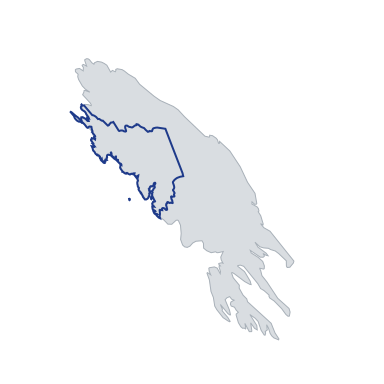 location of Norðurland eystra within Iceland, rotated 233°
{"feature_id": "ISL-702", "entity_name": "Norðurland eystra", "entity_type": "Region", "adm_level": 1, "iso_a3": "ISL", "parent_name": "Iceland", "parent_adm1": "", "projection": "equal_earth", "projection_center": [-17.153, 65.518], "detail": "fine", "context": "in_parent", "style": "outline", "palette": "blue", "viewbox_px": 384, "rotation_deg": 233, "n_neighbors": 0, "source": "natural_earth", "source_scale": "10m", "svg_char_len": 9682}
<svg xmlns="http://www.w3.org/2000/svg" viewBox="0 0 384 384"><g transform="rotate(233 192 192)"><path d="M299.5,148.3L303.1,148.4L308.9,147.3L317.2,143.9L320.6,143.2L328.7,143.2L319.0,146.4L315.4,150.0L312.8,151.8L312.8,152.5L319.7,154.7L323.0,154.0L324.5,154.3L325.8,155.3L326.8,157.4L326.2,159.5L324.3,161.6L321.6,163.4L322.0,164.0L324.2,164.3L335.5,163.2L336.9,165.9L337.9,166.7L337.6,167.6L333.2,170.5L338.4,168.7L342.6,168.2L349.9,169.1L352.8,170.1L354.6,171.9L358.2,171.3L359.8,172.4L359.9,173.5L358.4,176.5L354.2,178.0L356.8,180.2L359.0,180.3L359.4,180.8L359.2,182.1L355.9,183.6L361.4,185.4L362.2,186.0L361.9,188.0L361.0,189.1L359.4,189.7L355.4,189.8L353.1,190.6L353.9,191.8L353.2,195.1L350.2,197.9L347.4,199.3L344.5,200.3L336.7,199.2L337.0,201.6L334.2,203.1L334.8,204.3L335.8,204.9L335.4,206.5L331.8,209.8L329.3,210.8L324.3,212.1L317.0,215.1L309.6,215.0L291.5,219.3L284.3,221.6L271.5,228.6L266.0,230.4L256.8,231.3L228.8,235.9L225.6,238.6L225.4,239.2L226.7,240.3L224.6,242.3L220.3,243.7L218.3,243.7L214.9,242.5L214.4,243.1L215.8,244.5L202.0,246.9L183.1,245.7L166.3,242.2L153.0,241.5L143.8,236.8L143.5,236.1L144.6,234.6L148.0,234.0L146.4,232.6L140.7,235.1L138.8,235.0L136.5,234.0L136.4,233.0L131.7,232.6L123.6,229.6L123.0,228.9L125.0,227.9L124.7,227.7L120.2,227.9L113.7,230.7L75.5,231.8L74.3,230.3L73.0,224.9L74.4,222.6L76.0,222.8L80.3,225.9L90.6,224.2L94.8,223.0L98.8,220.1L101.0,219.2L104.3,215.5L107.5,213.2L114.0,212.1L108.2,211.5L98.5,214.4L95.3,214.4L96.8,213.1L100.2,211.7L97.9,211.6L97.1,210.9L97.1,209.5L98.9,207.3L110.3,203.4L107.7,202.6L99.7,205.6L94.0,206.7L89.4,205.3L87.3,203.5L87.4,202.7L90.3,200.3L89.9,199.9L88.0,199.6L83.1,197.5L75.1,197.7L55.5,196.5L40.6,199.4L37.1,198.1L34.3,195.1L35.0,193.9L37.6,193.3L44.9,193.4L55.6,192.0L60.6,190.3L62.4,190.7L63.3,191.5L69.9,190.2L73.5,188.7L79.3,189.4L101.5,188.6L104.5,186.6L105.7,184.3L105.2,183.8L97.0,186.0L95.2,185.9L85.8,184.8L82.5,183.5L83.6,182.5L88.7,180.2L101.6,176.5L103.4,175.7L103.6,174.9L98.7,173.3L89.1,173.7L86.8,171.8L78.9,170.7L73.7,171.4L70.9,170.3L39.5,176.2L29.6,173.5L22.4,173.0L21.8,172.2L26.2,169.6L29.1,169.1L32.0,169.3L37.4,171.2L41.1,171.7L36.5,169.1L36.5,166.5L35.0,165.9L33.7,164.2L34.3,163.6L40.0,164.0L48.9,166.9L53.4,166.4L59.3,164.5L46.4,163.4L42.6,161.1L45.5,159.9L52.2,160.1L44.9,156.1L44.7,155.4L46.0,153.7L55.3,155.2L50.5,152.8L50.4,152.3L51.8,151.9L52.7,150.4L55.0,149.9L59.7,150.4L66.9,153.1L67.9,153.8L68.1,156.6L71.0,156.2L74.4,156.6L77.3,154.7L79.3,155.1L80.7,156.8L80.3,160.5L82.4,159.2L85.8,159.1L86.5,156.1L86.0,153.6L75.0,150.8L70.7,148.8L71.2,148.1L73.4,147.5L85.1,147.0L80.2,145.8L79.0,144.6L70.2,145.1L65.7,144.6L65.7,144.0L67.5,143.1L73.0,141.2L83.1,141.0L87.2,141.5L94.9,145.6L101.1,147.3L111.4,153.0L118.1,155.1L118.4,155.7L117.2,156.3L114.6,157.1L118.5,158.1L120.9,159.5L121.1,160.2L118.7,164.8L116.1,166.3L109.8,165.4L111.3,166.9L115.7,168.4L116.7,169.3L116.0,170.1L118.1,169.9L118.8,170.4L117.7,173.0L116.5,173.9L120.2,174.5L122.7,175.8L125.7,181.1L127.5,177.0L128.4,175.5L130.0,174.9L132.0,170.8L136.3,168.4L140.2,167.5L144.2,170.3L147.1,170.6L150.3,165.5L150.8,161.8L150.0,157.8L150.6,154.9L152.6,153.1L155.3,152.6L160.9,154.3L165.4,158.4L172.4,162.8L177.2,163.9L178.1,163.7L179.0,162.3L178.4,156.5L180.8,153.4L186.6,152.7L195.4,149.9L197.5,149.8L201.8,151.4L209.5,157.2L214.9,159.9L217.8,164.2L219.1,165.0L220.3,163.7L220.4,161.8L213.8,152.8L213.8,151.6L214.4,150.7L226.5,151.2L229.2,152.1L237.5,157.2L241.6,155.1L249.8,149.2L252.6,149.3L259.5,151.8L262.3,151.6L270.4,149.4L272.2,146.6L268.7,141.0L270.1,139.8L277.6,138.4L285.8,138.7L294.2,143.9L294.6,146.4L299.5,148.3Z" fill="#d9dde1" stroke="#a8b0b8" stroke-width="1"/><path d="M190.2,150.7L191.6,150.0L194.4,149.6L195.4,149.8L195.1,150.9L195.7,150.7L196.9,149.7L196.6,149.3L197.2,149.1L198.1,149.1L199.6,149.5L198.8,150.7L198.7,151.2L199.1,151.2L201.3,150.2L202.2,150.3L203.6,151.1L204.1,151.3L204.4,151.6L204.1,152.1L203.2,152.9L204.0,152.9L205.1,152.5L206.7,153.2L207.3,154.5L207.6,155.0L206.7,156.6L206.8,156.9L209.0,157.1L210.5,157.5L212.8,157.7L213.4,158.1L213.9,158.6L214.6,158.9L215.4,160.3L216.5,160.4L216.8,160.5L217.1,161.2L217.1,162.1L217.2,162.5L217.9,163.4L217.9,164.8L218.0,165.0L220.6,166.4L220.5,166.9L220.6,167.5L221.0,168.0L221.5,168.1L221.9,167.6L221.9,167.0L221.6,166.4L221.3,166.0L220.2,165.5L220.1,165.1L220.5,164.6L220.3,163.8L220.5,163.4L221.3,162.9L221.5,162.3L221.4,161.7L220.5,160.1L220.4,159.4L219.8,159.4L218.8,158.5L218.5,158.6L218.2,159.0L217.7,158.9L216.8,158.3L216.5,158.1L216.8,157.6L216.7,157.1L216.3,156.8L215.4,156.5L214.4,155.5L214.4,155.3L214.6,155.3L214.6,155.0L213.8,154.1L213.4,152.5L213.6,150.9L214.4,149.9L214.8,149.9L217.6,149.9L219.2,150.4L221.0,150.4L220.8,150.6L221.9,150.9L225.0,150.6L226.3,150.9L226.6,151.1L226.9,151.8L227.1,152.0L227.5,152.1L228.7,152.0L229.3,152.2L230.3,152.8L231.2,153.1L232.5,154.0L232.8,154.3L233.3,155.3L233.7,155.8L234.7,156.1L235.2,156.4L236.0,157.1L237.0,158.5L237.5,159.0L237.6,158.3L237.4,157.8L236.6,156.9L237.9,156.8L239.2,156.4L236.4,156.5L235.6,156.2L240.5,156.2L240.9,156.3L241.5,157.3L241.9,156.8L241.8,156.6L241.5,156.4L241.5,156.2L242.3,155.8L242.5,155.4L242.4,155.0L242.9,154.8L243.2,154.3L243.2,153.2L243.6,152.7L244.4,152.3L246.4,151.6L246.6,151.2L246.6,150.8L246.5,150.6L246.2,150.5L246.3,150.3L247.0,149.8L247.8,149.4L249.7,149.1L250.0,148.5L250.8,148.9L253.9,149.0L254.8,149.3L256.6,151.3L256.6,151.8L256.2,151.8L256.2,152.0L256.9,152.2L257.3,152.2L257.7,152.0L257.0,151.8L258.1,151.4L262.0,150.9L263.2,151.1L262.2,151.2L261.3,151.6L261.6,151.7L262.2,152.2L262.4,152.1L263.4,151.2L263.8,151.1L264.7,151.5L266.0,152.6L267.0,152.7L266.0,152.2L265.2,151.7L264.9,151.2L264.8,150.6L264.2,150.4L265.6,149.9L267.7,149.6L269.0,149.3L269.7,149.3L267.0,150.0L266.1,150.4L268.9,149.9L269.5,149.9L270.2,150.2L271.5,151.1L272.3,151.1L272.3,150.9L271.2,150.4L270.6,150.0L270.4,149.6L270.5,149.1L270.8,148.7L271.8,148.1L271.8,147.9L272.4,147.2L272.4,146.8L272.4,146.3L271.4,145.3L270.7,145.0L270.5,144.2L269.7,143.9L269.5,143.6L269.7,143.0L269.3,143.0L269.7,142.6L269.3,142.3L269.0,141.9L269.7,141.9L269.7,141.7L269.1,141.3L268.5,140.3L267.7,139.8L267.9,139.4L268.6,139.0L269.2,138.9L269.4,139.1L269.5,139.6L269.9,139.6L270.3,138.8L271.6,138.5L272.1,138.5L272.1,138.8L271.9,139.2L272.0,139.5L272.6,139.8L272.4,139.2L274.1,138.7L275.2,139.3L275.8,139.4L275.1,139.6L275.7,139.8L277.0,139.6L277.0,139.4L278.1,138.6L278.3,139.1L278.7,139.1L279.0,138.9L279.3,138.3L280.2,138.0L281.1,138.0L282.8,138.3L284.6,138.0L287.2,139.1L288.7,139.4L288.3,139.7L287.4,140.0L287.2,140.5L287.6,140.5L287.0,141.0L287.6,141.4L287.3,141.7L288.8,141.7L290.0,141.8L290.6,141.7L290.4,142.4L293.3,142.4L293.9,142.4L294.4,142.7L294.7,143.0L294.6,143.5L295.3,144.4L294.0,145.5L293.3,145.9L292.3,146.2L292.8,146.7L293.1,146.5L293.9,146.8L295.0,147.0L295.1,147.3L294.7,148.1L295.2,148.3L297.4,148.3L298.5,148.1L298.9,148.2L299.4,148.5L300.0,148.3L300.1,148.7L300.3,149.0L300.6,149.2L301.4,149.4L303.4,150.2L304.0,150.6L304.6,150.9L305.3,150.6L305.1,150.6L304.9,150.4L305.4,150.2L305.8,149.8L306.1,149.3L306.1,148.7L305.9,147.5L306.1,147.2L307.0,146.9L310.8,146.9L312.9,146.6L313.3,145.8L315.4,145.2L315.8,144.8L316.0,144.2L316.5,143.8L318.5,143.0L321.1,142.8L321.9,142.9L323.1,143.3L323.8,143.5L329.7,143.1L328.2,143.8L322.8,144.9L320.4,145.7L317.5,146.0L316.6,146.4L315.8,146.9L317.0,147.2L317.1,147.5L318.3,148.5L317.8,149.5L317.6,149.7L314.6,151.0L314.1,151.1L312.2,151.2L311.4,151.5L310.9,152.2L312.3,152.7L314.1,152.7L314.5,153.0L314.7,153.6L313.4,154.1L314.1,154.3L317.6,154.4L319.6,154.8L321.0,154.7L323.5,153.7L325.1,153.6L325.8,153.8L326.4,154.1L326.9,154.6L327.1,155.4L327.3,155.8L328.1,156.0L328.3,156.1L328.4,156.5L326.9,156.6L326.0,157.9L313.4,158.6L312.6,159.4L311.4,160.0L309.6,160.6L306.8,160.8L306.4,161.6L306.1,161.9L303.6,162.7L302.9,163.2L302.7,163.7L295.7,164.7L295.5,165.1L295.4,165.9L295.8,166.5L295.9,167.6L296.3,168.8L296.2,169.1L295.5,170.2L295.3,171.3L285.2,170.4L284.8,170.5L284.5,170.6L284.4,170.9L284.1,171.9L283.3,173.1L282.5,173.8L281.6,174.1L280.6,174.9L280.3,175.2L280.2,175.6L280.2,175.9L280.7,176.3L283.1,177.1L283.7,177.4L284.6,178.1L284.9,178.8L284.7,179.3L284.1,180.1L281.8,181.0L280.9,181.9L280.0,182.6L279.6,183.0L279.4,183.8L279.5,184.1L279.4,184.6L279.5,186.1L278.8,187.9L279.0,188.1L279.6,188.4L279.6,188.5L279.3,188.8L278.1,189.7L275.3,190.2L273.9,190.9L271.9,192.2L269.4,192.4L267.5,192.8L266.7,192.9L266.6,193.0L266.2,193.9L266.2,194.1L266.4,194.5L266.3,194.9L265.6,195.4L264.8,196.3L264.7,196.6L264.7,196.8L265.7,198.1L266.1,199.2L266.0,199.8L265.2,201.7L264.4,203.0L258.5,208.8L240.7,203.7L212.8,195.8L209.9,194.5L211.3,191.7L212.2,188.7L212.3,187.0L212.2,185.2L211.6,183.1L211.4,182.7L210.9,182.4L207.9,181.4L206.5,180.7L206.0,180.2L205.6,179.6L205.2,178.5L205.1,178.1L204.8,177.9L202.0,177.6L201.4,177.2L201.2,176.5L200.9,176.1L199.3,175.5L199.1,175.3L199.1,175.1L199.7,174.3L199.8,173.7L200.9,172.9L200.9,172.6L200.7,172.3L198.5,171.3L197.1,171.1L196.1,170.5L195.4,170.3L194.9,170.0L194.9,169.9L195.0,169.6L195.8,169.1L196.0,168.6L196.6,168.2L196.8,167.4L197.1,167.2L198.4,166.8L198.7,166.4L198.7,166.1L198.6,165.9L198.0,165.4L197.9,165.2L198.1,164.7L198.0,164.4L197.3,163.6L196.7,163.2L196.1,163.1L194.6,162.4L193.2,161.8L192.9,161.4L192.9,161.1L193.2,160.6L193.5,160.4L195.5,160.1L196.7,159.2L196.8,159.0L196.9,158.4L196.7,157.9L195.4,157.3L195.6,157.1L196.3,156.8L196.3,156.0L197.1,155.6L197.1,155.3L196.7,155.0L193.8,153.3L191.8,151.3L190.2,150.7ZM211.8,155.6L212.5,156.2L212.5,156.6L212.1,156.7L211.5,156.6L211.3,156.4L210.7,155.2L210.9,155.1L211.8,155.6ZM223.4,137.1L224.4,137.6L224.3,137.9L223.7,138.1L223.2,137.7L223.1,137.2L223.4,137.1Z" fill="none" stroke="#1e3a8a" stroke-width="2"/></g></svg>